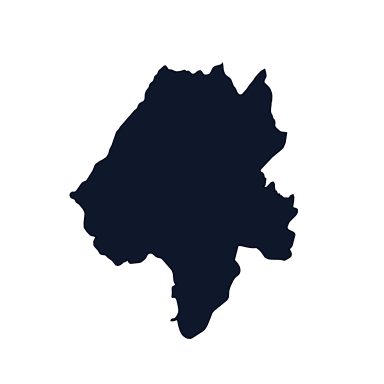 map outline of Hövsgöl (Robinson projection), rotated 289°
{"feature_id": "MNG-3321", "entity_name": "Hövsgöl", "entity_type": "Province", "adm_level": 1, "iso_a3": "MNG", "parent_name": "Mongolia", "parent_adm1": "", "projection": "robinson", "projection_center": [99.984, 50.195], "detail": "fine", "context": "isolated", "style": "filled", "palette": "ink", "viewbox_px": 384, "rotation_deg": 289, "n_neighbors": 0, "source": "natural_earth", "source_scale": "10m", "svg_char_len": 5464}
<svg xmlns="http://www.w3.org/2000/svg" viewBox="0 0 384 384"><g transform="rotate(289 192 192)"><path d="M151.5,78.1L152.7,78.8L153.2,80.7L154.1,82.0L155.5,82.7L163.5,85.0L165.1,85.7L166.2,86.7L167.0,87.8L168.0,88.7L169.3,89.2L180.1,91.7L185.7,91.9L187.1,92.4L190.5,94.9L193.5,97.7L196.7,100.1L200.8,101.1L205.1,100.7L210.3,101.4L224.2,101.4L227.0,102.7L230.1,103.4L250.1,111.5L252.3,113.0L254.2,113.4L256.2,113.4L258.1,113.8L259.9,115.1L261.5,116.8L263.1,117.5L264.9,117.5L269.3,116.2L271.3,116.1L273.3,116.4L276.8,117.6L279.2,117.4L280.5,117.5L281.3,117.9L283.8,119.4L285.0,119.7L288.8,119.5L289.6,119.7L291.3,120.9L292.1,121.2L295.7,121.5L296.8,122.0L297.6,122.6L301.9,124.9L302.4,125.9L301.7,127.1L299.7,129.8L299.7,130.4L299.9,131.0L300.3,132.0L300.4,133.0L300.4,134.0L300.1,136.0L300.3,138.2L301.3,140.5L302.5,142.7L303.8,144.3L304.3,145.1L304.4,145.9L304.1,146.8L303.7,147.5L304.8,149.0L304.5,150.6L303.6,152.3L303.2,153.9L303.9,155.7L305.2,156.8L308.1,158.6L309.2,160.3L308.8,161.7L307.7,162.9L306.7,164.4L306.5,166.1L307.1,167.8L308.1,169.4L309.2,170.5L311.3,171.2L316.0,171.7L317.9,172.9L321.4,178.1L322.9,179.0L323.0,179.0L322.9,179.1L320.4,180.3L317.5,181.6L315.4,183.1L313.6,184.8L313.3,185.4L312.7,186.6L312.5,187.3L311.9,189.7L311.0,191.5L310.6,192.0L309.0,193.5L308.0,194.2L307.1,195.0L305.9,196.0L304.7,197.4L304.5,198.2L302.4,200.5L300.5,202.1L299.6,203.5L299.2,204.6L299.2,205.6L299.4,206.6L299.6,207.0L300.1,207.6L300.8,208.1L303.5,209.3L307.3,210.8L311.2,211.8L317.3,214.1L320.7,214.9L324.5,216.4L328.3,218.2L329.7,219.2L331.4,220.8L327.5,223.3L326.0,224.0L325.5,224.1L324.4,224.1L321.8,223.7L320.8,223.7L319.9,223.8L319.0,224.3L318.6,224.6L318.1,225.4L316.6,228.8L315.3,231.0L314.8,231.7L312.9,233.5L310.9,235.0L310.0,235.5L307.9,236.3L304.1,237.4L302.2,237.5L299.9,238.2L296.4,238.9L293.7,239.8L292.6,240.4L291.7,241.1L290.0,242.9L287.8,244.2L287.4,245.1L286.9,246.0L285.6,247.1L284.6,247.6L283.8,247.9L281.9,248.1L280.3,249.6L279.6,250.6L278.0,254.3L277.7,255.3L277.5,256.3L277.7,257.8L278.5,261.6L278.6,262.1L269.0,263.8L263.8,263.5L262.2,262.8L251.2,256.1L236.7,249.6L235.4,249.1L234.2,249.3L233.6,249.8L233.4,250.1L233.2,250.4L233.0,250.6L232.9,250.9L232.9,252.1L232.7,252.6L232.1,253.4L231.3,254.2L229.5,255.3L228.7,256.0L228.7,256.4L228.6,256.9L228.4,257.4L222.9,258.5L221.9,258.5L221.0,257.6L220.3,258.2L220.1,258.9L220.0,259.7L219.9,260.0L220.1,260.7L220.4,261.0L220.9,261.4L226.5,264.0L227.5,265.2L227.5,265.4L227.5,265.7L227.1,266.3L226.8,266.6L225.8,267.4L225.5,267.5L225.1,267.6L224.8,267.6L224.3,267.8L223.7,268.0L221.8,269.1L221.1,269.4L220.1,269.8L220.0,270.1L220.0,270.4L220.2,270.7L220.2,271.1L220.0,271.4L219.3,272.1L218.4,272.8L217.7,273.8L217.5,274.3L217.5,274.6L218.2,274.8L218.4,275.0L218.5,275.3L218.2,275.5L217.3,276.2L217.1,276.5L217.1,276.8L217.2,277.0L217.3,277.4L217.3,277.9L216.9,278.5L216.5,279.6L216.3,280.3L216.1,281.0L216.2,281.4L216.7,282.4L216.8,283.0L217.0,283.9L217.2,284.5L217.7,285.4L218.0,285.8L218.2,286.0L218.5,286.1L219.1,286.3L220.0,286.4L220.3,286.6L220.6,286.7L221.1,287.2L222.2,288.4L220.1,289.8L215.9,290.9L211.5,291.6L210.2,292.3L209.8,293.4L210.0,294.7L210.1,295.8L209.5,297.2L208.1,297.8L206.4,298.0L204.9,297.7L203.6,297.3L196.5,293.8L194.8,293.2L190.3,293.0L189.3,293.3L188.3,293.9L187.7,294.8L187.3,296.0L186.7,301.0L186.1,302.2L185.4,302.9L184.5,303.1L173.9,303.9L172.8,303.7L171.8,303.3L170.8,302.8L169.9,302.5L169.2,302.7L168.6,303.2L168.0,304.1L167.1,305.0L165.7,305.9L164.4,306.2L163.3,306.1L161.8,305.3L157.7,301.6L157.4,297.7L154.6,289.1L154.1,286.9L154.0,285.1L154.1,283.8L154.3,282.9L154.6,282.1L158.1,277.4L158.9,275.9L159.7,274.2L160.6,271.5L160.6,270.7L160.1,269.6L159.0,266.5L158.3,262.9L157.5,255.6L157.1,254.3L156.8,253.4L155.9,252.8L141.3,254.0L139.0,258.1L136.4,261.1L133.7,262.6L132.5,262.9L130.7,263.0L129.7,262.8L128.6,262.3L126.6,261.0L124.9,260.1L121.5,259.2L115.0,258.5L110.4,258.7L109.0,259.1L107.5,259.6L104.5,260.4L102.2,260.2L101.2,259.8L87.0,251.0L84.2,250.0L79.4,249.9L70.5,249.4L66.6,248.5L64.3,247.2L54.6,239.6L53.3,238.2L52.7,236.0L52.6,235.0L52.7,233.6L53.2,231.8L53.5,230.8L54.2,229.5L54.8,228.6L57.2,226.2L61.0,223.4L65.1,221.0L66.2,220.2L66.7,219.4L66.4,218.8L64.7,216.7L64.3,216.0L64.1,215.4L63.9,214.8L63.7,214.2L64.4,214.2L65.3,214.7L65.7,215.8L66.8,217.3L69.3,218.3L72.0,218.7L73.8,218.8L75.8,218.3L78.0,217.3L82.0,215.0L85.2,213.0L86.7,211.5L87.0,209.7L86.6,208.5L86.2,207.8L86.4,207.4L89.9,206.6L94.3,204.9L95.3,204.7L96.3,205.0L97.8,206.5L98.7,207.0L99.6,206.6L100.9,205.1L102.4,204.0L109.0,201.0L111.8,198.7L119.3,185.8L119.6,184.9L119.7,183.7L119.6,182.7L119.3,180.9L119.5,178.9L121.0,175.5L121.2,173.6L120.8,172.1L120.0,170.9L118.9,170.2L117.7,169.8L114.8,169.4L113.5,169.0L110.0,166.8L109.0,165.9L108.3,164.8L106.1,160.1L104.7,157.1L104.9,155.8L106.9,153.5L106.7,152.8L105.2,151.9L104.5,151.2L104.1,150.5L103.7,149.9L101.5,148.7L99.8,147.4L98.5,145.6L98.5,143.8L101.5,138.8L102.2,136.9L102.7,134.9L103.0,134.0L104.3,131.3L104.5,130.4L104.3,129.2L103.8,127.2L103.8,126.3L104.1,125.3L104.6,124.5L106.0,123.1L106.6,122.3L108.7,118.4L109.6,117.1L110.2,116.6L110.9,116.4L113.0,115.5L114.2,115.5L118.0,116.1L118.5,115.1L118.7,113.7L118.3,111.1L118.5,109.8L119.0,108.7L120.1,106.7L120.6,105.6L123.4,101.9L127.7,100.2L136.6,98.2L138.2,97.2L139.6,96.0L140.9,94.5L144.0,89.5L144.7,86.7L145.1,85.8L146.9,83.9L147.3,83.1L147.4,82.1L147.4,80.1L147.7,79.2L149.2,77.9L151.1,77.8L151.5,78.1Z" fill="#0f172a" stroke="#020617" stroke-width="1.5"/></g></svg>